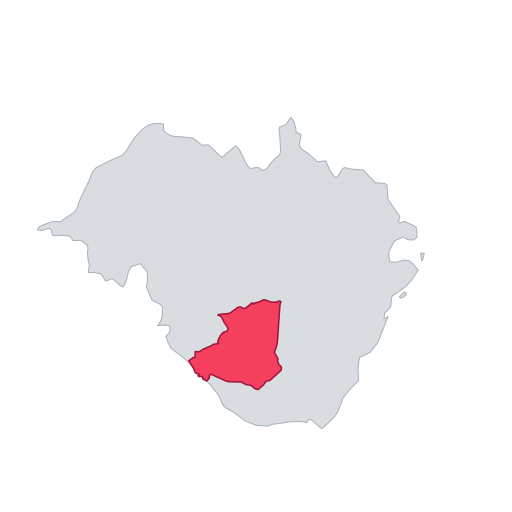 location of Siemréab within Cambodia, rotated 228°
{"feature_id": "KHM-1781", "entity_name": "Siemréab", "entity_type": "Province", "adm_level": 1, "iso_a3": "KHM", "parent_name": "Cambodia", "parent_adm1": "", "projection": "orthographic", "projection_center": [104.194, 13.577], "detail": "fine", "context": "in_parent", "style": "filled", "palette": "rose", "viewbox_px": 512, "rotation_deg": 228, "n_neighbors": 0, "source": "natural_earth", "source_scale": "10m", "svg_char_len": 5095}
<svg xmlns="http://www.w3.org/2000/svg" viewBox="0 0 512 512"><g transform="rotate(228 256 256)"><path d="M421.8,111.1L422.9,114.7L420.3,121.8L417.5,128.2L412.1,133.8L411.9,137.9L410.1,150.1L410.9,153.9L412.2,157.3L414.0,159.0L419.0,170.9L423.4,181.7L427.8,190.5L428.6,196.1L424.9,210.4L420.5,223.6L421.0,230.1L423.0,236.7L425.2,245.4L426.2,256.5L425.1,263.8L423.1,268.3L419.2,273.0L415.8,275.4L411.6,271.5L408.3,271.4L403.9,272.6L400.4,274.5L393.4,281.4L385.6,288.1L374.7,289.9L370.5,294.8L365.9,295.6L357.3,295.9L351.7,297.1L352.0,299.5L351.6,311.2L351.7,313.9L350.9,314.7L347.0,315.0L340.3,313.3L331.4,310.5L325.0,310.1L321.7,315.2L319.8,317.2L317.4,317.5L314.9,318.4L314.0,320.7L313.8,323.5L315.1,328.4L315.6,336.1L315.3,341.3L317.7,344.6L331.4,355.7L335.5,358.4L336.0,360.1L333.6,366.2L335.8,374.7L331.5,374.6L324.3,371.0L320.9,368.7L316.7,370.6L315.3,370.2L312.5,366.0L308.8,361.8L305.0,361.5L297.0,363.3L288.8,364.5L285.7,364.5L284.5,365.3L279.8,371.7L277.7,370.6L269.5,368.2L262.0,367.3L260.4,368.9L261.4,374.1L263.0,379.2L262.1,381.4L258.0,384.0L252.5,388.9L249.2,392.6L246.9,393.5L238.5,393.4L230.3,393.9L226.9,397.4L223.8,400.2L221.2,400.9L210.3,392.2L188.8,389.2L186.5,385.3L184.4,384.6L182.4,389.6L170.6,394.4L165.7,391.4L162.1,387.9L162.6,383.6L166.1,380.1L171.9,377.6L174.6,368.8L170.2,357.5L166.3,354.2L162.2,351.5L157.8,355.7L154.2,362.9L150.3,366.6L145.0,367.4L137.1,367.1L134.1,356.3L133.1,347.1L134.2,336.6L135.4,330.4L127.9,321.7L127.5,313.5L123.9,309.3L122.8,311.4L122.9,313.8L121.9,312.1L110.0,288.0L108.1,276.8L110.2,268.2L111.4,265.4L108.0,260.8L103.2,255.7L94.7,248.9L94.2,238.2L92.4,225.7L89.9,221.4L86.0,213.7L84.0,207.3L83.4,190.3L84.5,189.0L90.5,188.5L98.2,187.4L99.5,184.7L98.1,182.4L103.1,178.6L110.2,170.2L115.7,161.5L119.7,156.0L122.1,150.5L130.1,142.8L141.0,137.4L148.5,136.2L156.2,134.4L163.6,131.8L167.2,131.6L176.4,134.7L181.3,135.5L186.6,135.5L192.0,135.8L196.7,135.5L208.0,133.3L220.0,135.1L230.6,133.7L243.9,131.1L250.4,132.7L256.3,135.2L257.1,140.4L258.5,142.7L260.5,144.5L263.1,144.5L266.5,140.9L269.3,137.2L270.2,136.5L270.4,138.3L271.8,142.3L274.3,146.3L276.9,148.9L281.1,152.4L283.9,152.5L292.9,149.2L306.5,153.9L308.1,156.3L312.6,161.1L317.3,164.6L327.9,164.7L331.6,156.1L329.8,150.9L323.7,141.8L322.0,136.4L323.9,135.5L334.1,134.4L335.7,133.3L337.9,127.4L340.7,128.0L346.4,128.7L352.3,124.6L355.8,120.3L357.8,122.3L359.9,125.2L362.2,126.9L366.6,129.4L371.3,133.0L374.3,136.5L376.7,137.8L382.8,136.8L384.4,136.9L387.9,132.6L390.3,130.2L392.4,130.9L395.5,130.8L401.7,125.2L405.3,120.2L407.2,118.8L412.9,121.2L415.2,120.7L418.3,113.8L421.8,111.1ZM130.1,342.1L128.9,342.8L127.8,342.7L126.7,341.7L126.8,337.9L127.6,335.5L129.6,335.1L130.1,342.1ZM147.9,380.2L145.5,382.8L141.7,377.5L141.7,375.9L147.9,380.2Z" fill="#d9dde1" stroke="#a8b0b8" stroke-width="1"/><path d="M204.7,132.7L205.3,132.8L205.0,133.0L205.1,133.6L205.5,134.2L206.3,134.5L207.4,134.2L208.3,133.5L209.3,132.9L210.8,133.1L214.3,134.5L221.8,135.6L222.2,135.8L222.6,135.9L223.0,135.9L223.0,137.1L222.8,138.5L222.7,140.7L222.7,141.2L222.5,141.5L222.2,141.7L221.9,142.0L221.7,142.4L221.8,142.7L221.9,143.0L223.9,145.4L225.2,146.5L225.6,146.8L225.5,147.2L225.2,147.5L224.1,148.3L223.7,148.7L223.0,149.8L222.5,150.9L222.2,154.1L219.3,162.5L219.1,163.3L219.1,163.8L219.1,164.6L218.9,165.2L218.6,165.7L216.2,169.1L216.2,169.4L216.4,169.7L217.2,169.8L217.5,169.9L217.8,170.1L218.1,170.6L218.5,171.8L218.7,172.0L218.9,172.2L219.2,172.3L219.4,172.6L219.7,173.9L219.8,174.5L220.1,175.0L220.3,175.3L220.6,175.8L220.7,176.4L221.1,179.8L221.1,180.5L220.9,181.2L220.2,182.7L219.9,183.6L219.8,184.3L219.9,184.8L220.0,185.3L220.2,185.7L220.4,186.2L220.7,186.5L221.0,186.7L221.2,186.8L222.4,187.1L228.1,188.0L233.8,189.5L234.6,189.5L236.2,188.9L236.4,188.8L237.1,188.3L237.5,188.2L237.6,188.4L237.7,188.6L237.6,189.0L232.1,196.5L231.3,197.9L230.9,199.2L230.0,208.0L229.4,209.3L229.1,209.8L228.3,210.5L227.7,210.8L225.4,211.7L225.0,211.9L224.8,212.2L224.6,212.6L224.3,213.6L223.8,219.5L223.9,221.2L223.8,221.6L223.7,221.8L223.1,221.8L222.7,221.7L222.4,221.7L222.2,221.9L222.1,222.3L222.0,223.4L221.9,223.8L219.7,227.7L218.8,231.2L218.2,232.6L217.9,232.9L217.5,233.2L216.3,234.0L214.5,234.8L214.4,234.9L213.5,235.5L211.8,236.4L211.0,237.0L208.2,240.2L207.9,240.8L207.3,242.9L205.6,244.0L203.3,240.7L180.6,217.3L176.7,213.1L174.2,209.2L172.4,205.8L171.5,205.0L166.3,204.0L165.3,203.6L164.7,203.3L164.3,202.9L163.6,201.8L163.2,201.6L162.9,201.4L161.9,201.2L159.7,200.3L157.5,200.7L156.6,200.5L156.0,200.2L155.5,199.8L154.3,198.2L154.2,183.4L154.5,182.4L155.2,181.6L155.9,180.2L156.0,178.9L155.1,175.0L155.3,172.8L155.2,169.9L155.3,168.4L156.2,167.4L158.0,166.5L159.2,166.2L161.8,165.9L163.1,165.6L164.1,165.0L166.9,162.7L168.1,162.1L171.8,160.8L172.7,160.2L181.0,151.5L183.4,149.9L187.9,148.0L198.0,143.5L198.3,142.6L198.5,142.2L198.6,141.8L198.4,141.4L197.9,140.8L197.0,140.2L196.6,139.6L196.4,139.1L196.1,136.1L196.1,135.9L198.0,135.0L200.3,134.3L200.7,134.5L201.1,134.9L201.5,135.3L202.3,135.3L202.8,135.1L204.4,133.3L204.5,132.9L204.7,132.7Z" fill="#f43f5e" stroke="#9f1239" stroke-width="1.5"/></g></svg>